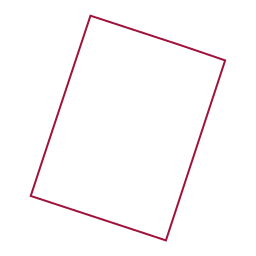 Henry, Iowa, United States of America, rotated 18°
{"feature_id": "52423323B58057992279979", "entity_name": "Henry", "entity_type": "district", "adm_level": 2, "iso_a3": "USA", "parent_name": "United States of America", "parent_adm1": "Iowa", "projection": "mercator", "projection_center": [-91.542, 40.988], "detail": "fine", "context": "isolated", "style": "outline", "palette": "rose", "viewbox_px": 256, "rotation_deg": 18, "n_neighbors": 0, "source": "geoboundaries", "source_scale": "gbopen_adm2", "svg_char_len": 265}
<svg xmlns="http://www.w3.org/2000/svg" viewBox="0 0 256 256"><g transform="rotate(18 128 128)"><path d="M56.7,175.2L56.5,222.7L183.4,223.1L198.8,223.2L199.3,81.1L199.5,33.7L152.1,33.0L57.6,32.8L56.7,175.2Z" fill="none" stroke="#9f1239" stroke-width="2"/></g></svg>